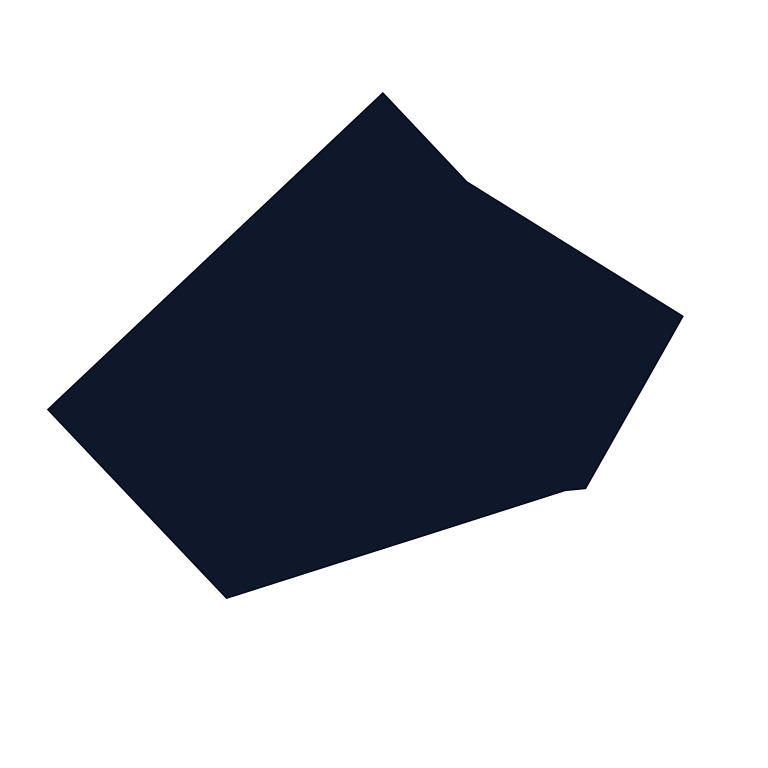 Coober Pedy, South Australia, Australia (Robinson projection), rotated 136°
{"feature_id": "25037944B54111637534658", "entity_name": "Coober Pedy", "entity_type": "district", "adm_level": 2, "iso_a3": "AUS", "parent_name": "Australia", "parent_adm1": "South Australia", "projection": "robinson", "projection_center": [134.769, -29.011], "detail": "fine", "context": "isolated", "style": "filled", "palette": "ink", "viewbox_px": 768, "rotation_deg": 136, "n_neighbors": 0, "source": "geoboundaries", "source_scale": "gbopen_adm2", "svg_char_len": 399}
<svg xmlns="http://www.w3.org/2000/svg" viewBox="0 0 768 768"><g transform="rotate(136 384 384)"><path d="M544.4,289.0L443.9,239.1L327.7,181.7L311.6,168.9L122.0,225.1L153.4,349.8L184.1,471.9L182.7,594.1L474.1,597.3L515.2,597.7L571.5,598.3L629.8,599.0L634.7,599.0L636.4,599.0L643.5,599.1L644.3,521.8L646.0,339.3L572.5,302.9L544.4,289.0Z" fill="#0f172a" stroke="#020617" stroke-width="1.5"/></g></svg>